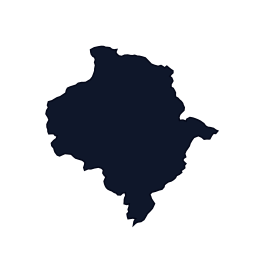 Ibertioga, Minas Gerais, Brazil, rotated 58°
{"feature_id": "56859067B85312067308682", "entity_name": "Ibertioga", "entity_type": "district", "adm_level": 2, "iso_a3": "BRA", "parent_name": "Brazil", "parent_adm1": "Minas Gerais", "projection": "natural_earth1", "projection_center": [-43.949, -21.448], "detail": "fine", "context": "isolated", "style": "filled", "palette": "ink", "viewbox_px": 256, "rotation_deg": 58, "n_neighbors": 0, "source": "geoboundaries", "source_scale": "gbopen_adm2", "svg_char_len": 2845}
<svg xmlns="http://www.w3.org/2000/svg" viewBox="0 0 256 256"><g transform="rotate(58 128 128)"><path d="M178.1,53.4L176.3,54.7L173.7,55.7L171.4,57.9L169.7,60.0L167.3,61.2L164.4,61.4L162.6,62.2L160.6,63.0L158.3,64.4L156.1,66.0L154.0,67.7L151.9,70.0L151.7,73.4L153.0,75.2L150.4,77.2L148.9,80.3L146.0,79.3L144.0,77.0L143.3,74.5L142.6,71.2L140.4,69.4L137.8,69.1L136.0,68.6L133.6,68.8L131.6,69.5L129.1,69.9L126.9,71.2L125.1,70.4L123.2,69.1L120.9,68.8L118.3,68.7L116.3,69.9L113.7,68.4L111.9,65.0L108.8,64.4L106.3,65.2L105.4,63.0L105.0,60.7L103.3,59.6L101.2,60.6L98.7,61.5L96.1,62.3L96.4,65.1L94.2,66.0L92.5,66.9L91.7,69.8L88.9,72.4L86.2,74.4L83.4,75.0L81.0,75.5L77.7,76.2L75.2,78.4L73.2,80.4L72.0,82.1L69.9,83.8L69.1,85.9L67.8,87.7L66.0,89.5L64.5,92.3L64.0,95.5L61.9,97.6L59.3,98.3L57.2,98.2L55.5,95.9L54.4,98.4L52.7,100.1L50.3,100.9L48.9,102.6L47.7,104.3L46.0,105.5L44.7,107.4L43.4,110.4L42.1,114.1L41.8,118.3L44.4,119.5L46.2,120.0L48.5,119.8L50.3,118.8L52.8,119.4L54.6,121.5L57.6,122.3L59.9,124.5L62.0,126.0L63.8,128.2L65.9,131.0L67.1,134.3L67.0,137.0L67.0,139.4L66.0,141.5L64.8,143.4L63.7,146.5L64.1,149.5L63.4,152.2L62.6,155.3L62.2,158.2L63.3,160.1L65.4,162.2L65.5,165.5L65.6,168.8L64.8,172.1L64.7,175.4L64.7,177.9L63.6,181.6L66.0,184.2L68.6,184.6L70.0,187.6L72.6,190.1L76.4,190.1L79.4,190.6L80.6,192.8L82.0,194.8L84.4,196.2L86.6,196.6L88.7,197.8L91.0,198.2L92.2,195.9L93.4,194.0L95.7,193.7L97.2,192.3L99.0,194.3L99.3,197.6L100.3,201.0L102.7,202.0L105.7,201.5L107.9,202.2L109.8,202.6L113.4,202.3L115.4,200.8L115.7,198.3L116.2,195.0L117.9,192.8L120.1,190.0L123.4,189.2L125.7,188.4L128.5,186.0L130.6,184.1L132.4,183.2L134.5,182.8L136.4,184.4L138.1,186.5L140.8,187.2L141.4,183.5L143.0,181.1L143.9,177.8L145.5,173.8L148.0,171.7L150.5,171.0L152.9,173.2L155.8,173.2L157.7,172.5L158.9,174.2L160.5,176.5L163.0,177.4L165.1,177.8L167.1,177.9L169.1,177.4L171.1,176.2L172.8,174.9L175.2,173.8L177.1,172.4L179.2,172.1L180.8,169.8L180.2,166.9L181.4,164.5L184.3,165.8L185.4,167.6L186.8,169.0L188.6,170.2L190.2,171.4L192.1,169.7L193.0,167.1L195.3,168.7L197.1,171.0L199.7,171.7L200.4,174.4L203.1,175.5L205.0,176.0L205.9,173.9L206.9,171.6L208.9,169.5L210.5,172.4L213.3,174.9L212.7,172.1L212.8,169.8L214.2,166.5L214.1,163.1L212.8,160.5L210.9,157.1L209.9,152.8L209.0,149.9L207.9,148.2L206.2,145.6L203.2,145.7L200.3,145.7L198.1,145.1L195.9,144.8L195.0,141.9L196.2,138.1L196.9,134.7L197.9,131.6L197.0,128.7L195.5,127.4L195.1,125.2L195.0,122.3L195.8,119.4L195.8,116.6L195.3,114.1L194.0,112.1L194.4,109.2L194.1,106.0L192.2,105.6L192.2,103.3L191.9,101.0L189.6,100.0L188.9,97.8L186.9,98.4L184.7,98.7L183.2,97.3L183.1,94.4L179.9,93.6L178.0,91.0L176.9,88.3L175.7,85.6L173.8,83.4L172.1,80.2L170.9,77.2L171.3,74.8L171.8,72.3L175.0,70.2L177.8,69.4L178.8,67.2L180.6,64.4L178.8,61.3L177.7,58.4L179.1,56.5L178.1,53.4Z" fill="#0f172a" stroke="#020617" stroke-width="1.5"/></g></svg>